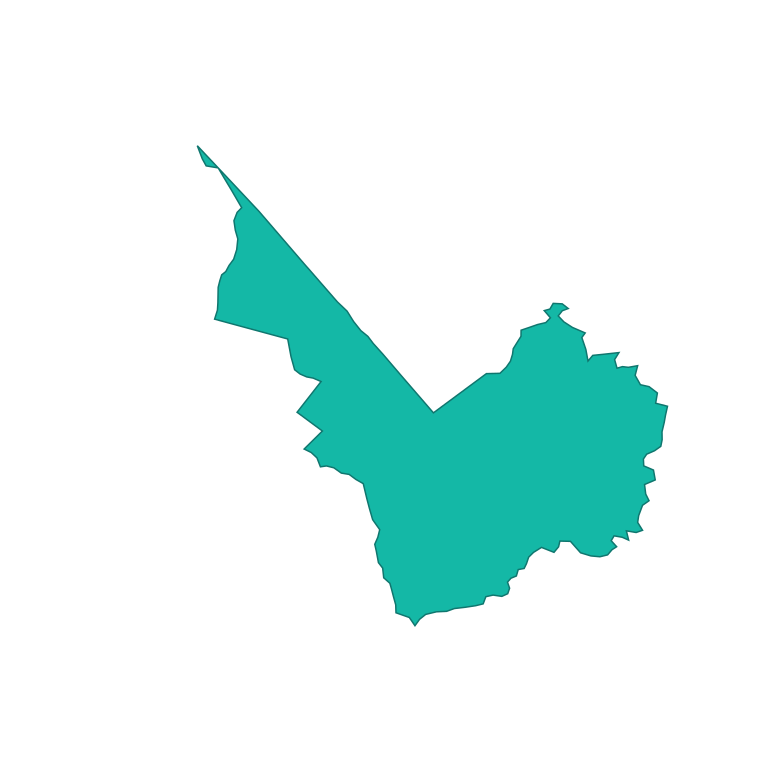 the district of Pinhalão, Paraná, Brazil, rotated 308°
{"feature_id": "56859067B37509012226284", "entity_name": "Pinhalão", "entity_type": "district", "adm_level": 2, "iso_a3": "BRA", "parent_name": "Brazil", "parent_adm1": "Paraná", "projection": "equal_earth", "projection_center": [-50.054, -23.866], "detail": "fine", "context": "isolated", "style": "filled", "palette": "teal", "viewbox_px": 768, "rotation_deg": 308, "n_neighbors": 0, "source": "geoboundaries", "source_scale": "gbopen_adm2", "svg_char_len": 2187}
<svg xmlns="http://www.w3.org/2000/svg" viewBox="0 0 768 768"><g transform="rotate(308 384 384)"><path d="M540.5,465.1L538.6,474.4L532.0,473.7L525.4,468.4L518.1,463.7L510.8,458.9L505.9,462.6L498.0,463.4L491.4,464.1L486.5,467.0L479.8,469.6L472.6,470.0L463.8,468.8L455.2,458.3L391.7,440.7L401.5,391.0L406.9,364.4L409.3,350.6L411.6,342.0L411.8,332.9L414.5,321.6L418.7,310.0L420.0,296.7L427.9,255.9L429.5,247.3L443.1,179.1L452.2,120.3L447.8,131.5L442.7,144.8L435.3,163.3L428.8,162.6L420.3,165.2L413.7,172.1L408.3,179.5L399.2,185.2L389.8,188.7L382.1,188.9L375.2,190.1L370.1,188.9L364.2,191.1L358.1,193.8L345.6,203.2L339.6,207.3L330.8,210.6L360.2,280.4L348.3,293.9L340.2,304.8L340.2,311.7L342.0,318.7L345.0,324.5L347.2,332.9L308.2,332.9L309.0,364.4L283.6,361.1L285.2,368.8L284.5,376.7L279.6,384.9L284.0,389.1L287.1,396.1L287.5,405.2L291.3,412.2L291.5,420.6L292.7,429.0L283.3,440.8L276.9,449.2L270.1,458.6L266.6,470.3L259.4,473.5L252.0,475.4L247.6,480.8L239.8,489.6L238.1,496.3L231.1,503.1L230.6,511.3L227.0,516.2L222.4,522.2L217.2,529.2L211.1,534.3L215.6,547.7L212.6,557.2L220.5,556.9L228.1,558.7L236.8,565.6L243.4,573.3L250.4,577.7L257.9,585.3L265.7,592.7L271.8,597.5L279.1,595.2L284.8,599.9L289.2,607.6L294.9,610.6L300.4,608.7L303.9,603.3L309.1,603.6L314.2,606.5L320.4,604.0L324.9,608.0L330.1,606.9L336.6,604.6L343.4,605.5L352.2,608.7L356.0,621.6L363.2,621.8L368.5,619.3L374.8,627.8L372.0,642.8L375.9,652.9L380.8,660.5L387.0,665.4L393.8,665.7L399.0,667.5L400.4,659.5L406.0,658.8L409.9,666.1L411.6,672.9L417.5,665.4L422.2,674.1L427.9,677.8L431.1,669.1L437.1,665.7L447.6,662.4L455.2,664.7L458.4,658.0L465.2,651.2L475.4,656.8L482.1,649.3L479.4,639.1L484.6,634.6L490.4,634.2L498.0,638.3L505.3,640.5L511.3,637.5L517.5,632.5L526.4,628.4L532.6,625.1L541.0,621.1L536.1,609.9L545.2,605.0L545.1,594.5L541.3,586.5L545.4,576.6L554.6,572.6L547.6,566.3L544.5,561.2L539.9,557.9L545.2,550.7L553.4,549.8L542.1,538.2L535.1,530.9L527.7,530.6L535.5,521.8L542.4,511.3L548.1,511.1L544.6,497.7L543.7,487.5L544.9,479.4L551.5,479.4L556.9,482.7L556.9,475.1L551.7,467.7L545.2,468.6L540.5,465.1ZM452.2,120.3L456.8,90.2L449.5,102.3L446.4,109.6L452.2,120.3Z" fill="#14b8a6" stroke="#0f766e" stroke-width="1.5"/></g></svg>